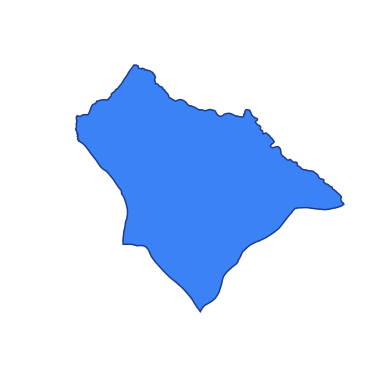 Kuleaen, Preah Vihéar, Cambodia, rotated 120°
{"feature_id": "14789045B31291956543174", "entity_name": "Kuleaen", "entity_type": "district", "adm_level": 2, "iso_a3": "KHM", "parent_name": "Cambodia", "parent_adm1": "Preah Vihéar", "projection": "equal_earth", "projection_center": [104.523, 13.796], "detail": "fine", "context": "isolated", "style": "filled", "palette": "blue", "viewbox_px": 384, "rotation_deg": 120, "n_neighbors": 0, "source": "geoboundaries", "source_scale": "gbopen_adm2", "svg_char_len": 6038}
<svg xmlns="http://www.w3.org/2000/svg" viewBox="0 0 384 384"><g transform="rotate(120 192 192)"><path d="M126.7,54.3L126.0,55.4L125.6,57.5L124.7,58.9L123.2,59.9L122.4,59.9L122.1,59.8L121.6,60.3L121.2,60.7L121.0,61.6L120.3,63.4L120.2,63.7L120.0,65.7L119.9,66.0L119.8,66.5L119.5,67.2L119.5,67.6L119.3,68.0L119.3,68.7L119.2,69.0L119.2,69.4L119.0,69.9L119.1,70.5L118.9,71.9L118.8,72.1L118.5,72.4L118.0,72.8L117.8,73.1L118.1,75.4L117.6,77.2L117.5,78.3L117.6,78.9L117.9,79.6L118.0,80.2L117.9,80.8L117.6,82.9L116.3,83.7L115.7,83.7L115.5,84.1L115.4,84.3L116.3,87.5L116.2,88.7L115.8,89.7L114.6,91.2L114.2,92.1L113.5,97.5L114.1,99.3L115.5,102.2L115.6,102.5L115.6,103.4L115.9,104.5L116.8,106.2L117.1,108.2L117.1,108.7L116.8,109.2L116.7,110.1L116.5,110.4L116.3,112.6L116.4,113.4L116.3,114.1L115.9,114.4L114.4,115.3L114.2,115.6L114.1,116.7L114.2,117.2L114.4,117.4L114.7,117.4L115.0,117.7L115.2,118.4L115.3,119.4L115.6,119.9L114.8,121.8L114.8,122.1L114.9,123.0L114.9,123.6L115.1,124.0L115.6,124.0L116.1,124.1L116.5,124.9L116.6,125.5L115.6,129.6L115.4,131.9L115.0,133.1L114.1,134.1L111.4,136.2L110.5,137.2L110.0,138.3L109.7,139.8L109.8,140.1L110.1,141.0L113.2,144.2L113.5,145.0L113.7,145.9L113.5,146.5L113.3,146.9L112.9,147.2L110.9,146.9L108.4,146.0L107.4,146.0L106.5,147.4L105.9,148.9L105.3,151.2L104.4,153.5L103.8,157.2L103.8,157.5L105.3,158.6L106.1,159.6L105.5,160.0L103.8,161.6L103.8,162.1L103.7,162.6L103.8,163.4L103.6,164.3L101.7,164.9L101.2,165.2L100.7,166.6L101.0,168.0L100.9,169.2L100.2,171.1L99.8,171.9L99.5,172.2L99.2,172.2L98.7,172.1L96.9,171.3L96.2,171.7L96.0,172.0L95.9,172.8L96.2,174.2L96.2,176.0L95.7,178.1L95.4,178.8L95.1,179.2L93.1,181.7L92.6,182.5L92.5,183.1L92.6,184.1L93.1,185.5L93.6,186.2L94.5,186.6L95.1,186.6L96.1,186.3L97.9,185.5L98.5,186.0L99.0,186.0L100.2,185.3L100.8,185.2L101.2,185.1L101.6,185.4L102.4,186.9L102.6,187.8L103.2,188.7L103.3,189.3L103.6,191.0L104.2,191.9L104.4,192.4L104.4,193.9L104.6,196.4L105.2,199.1L106.3,200.7L107.4,201.9L108.6,202.9L110.1,203.5L111.5,204.4L111.9,204.6L112.3,205.3L112.6,206.2L112.5,208.2L111.9,210.0L111.3,210.7L110.4,212.2L110.2,212.9L110.5,214.4L110.9,214.9L111.1,216.4L111.5,217.6L112.7,219.1L113.5,219.6L114.7,220.8L115.0,221.2L115.5,222.3L115.6,223.7L115.8,224.2L117.3,227.3L117.4,227.9L117.3,230.4L117.2,231.6L117.6,233.7L117.9,236.1L118.4,236.7L118.6,237.0L118.7,237.6L118.2,240.0L117.5,241.8L117.2,243.1L117.0,245.1L117.2,246.7L117.7,248.1L118.5,249.3L121.3,251.6L121.6,252.1L121.5,259.0L121.4,259.4L121.1,259.8L120.1,260.6L119.4,261.7L118.3,265.0L118.2,265.7L118.0,266.2L117.4,266.6L117.3,266.9L117.6,267.6L117.4,268.4L117.0,269.0L116.7,269.0L116.6,269.4L116.4,269.8L116.2,270.4L116.2,271.0L116.3,271.5L116.6,272.3L116.5,273.6L116.0,274.9L115.9,275.4L115.8,276.1L116.0,276.6L116.0,277.4L116.2,277.5L115.9,278.0L115.9,278.3L115.2,278.7L115.0,279.2L114.3,279.5L113.9,280.2L113.6,280.4L112.2,280.9L111.2,280.9L110.7,281.2L110.0,282.3L109.2,283.1L109.3,284.1L109.0,284.2L108.8,285.0L108.1,285.7L108.3,287.9L108.0,288.7L108.7,290.8L108.8,291.9L109.0,292.2L109.3,292.3L109.4,292.8L109.3,293.5L109.7,294.0L109.6,294.5L109.3,295.0L109.5,296.1L110.0,297.3L110.6,297.7L111.3,299.5L111.3,300.3L111.0,300.7L110.2,301.4L110.0,301.5L109.8,301.7L109.8,302.4L110.0,303.8L110.7,304.9L110.9,305.7L119.9,306.7L124.1,306.6L127.6,307.0L133.9,307.2L137.2,307.9L139.3,308.0L141.6,309.3L141.9,309.3L142.5,308.8L146.1,310.5L147.6,310.8L148.8,310.1L149.8,310.1L151.4,310.6L152.1,310.6L152.8,311.0L153.2,311.1L153.9,310.8L154.1,310.8L154.5,311.1L154.8,312.0L155.5,312.9L155.8,314.2L157.4,316.0L157.8,316.9L158.8,317.6L159.1,318.0L159.8,318.5L160.9,319.9L161.2,320.0L162.2,319.6L162.6,319.7L164.5,320.5L165.8,321.6L167.2,321.8L169.5,321.6L174.7,320.7L176.9,320.8L177.5,321.3L178.3,323.0L179.3,324.6L179.7,324.9L180.2,324.8L180.4,325.1L180.3,325.3L180.5,325.6L181.7,326.0L182.2,326.5L182.4,326.8L182.6,327.0L183.0,328.0L183.2,328.5L183.1,329.2L183.4,329.6L183.6,329.6L184.3,329.5L184.5,329.7L185.1,329.4L185.7,329.3L185.9,328.9L186.2,328.7L186.6,328.7L187.0,328.0L188.0,327.5L188.2,327.0L188.8,326.9L189.0,326.6L189.4,326.5L189.7,326.7L190.8,326.1L191.2,326.0L191.4,326.1L192.1,325.4L193.7,324.5L194.3,324.3L195.6,324.3L195.8,324.1L195.9,323.4L196.2,323.3L196.3,323.5L196.7,323.0L197.1,322.0L197.4,321.7L198.1,321.2L198.4,320.4L199.0,320.7L199.3,320.3L199.1,320.0L199.4,319.6L199.6,319.8L199.8,319.7L200.0,319.2L200.4,318.9L201.2,319.1L201.3,318.7L201.8,318.2L201.8,317.9L202.6,317.6L203.0,317.7L203.6,317.3L203.6,317.0L203.5,316.7L203.8,316.3L204.0,315.7L204.5,315.8L204.5,313.2L204.6,311.4L205.1,308.6L206.2,305.6L207.0,303.8L208.2,300.9L209.0,299.5L212.2,291.4L212.9,289.8L214.2,287.4L215.6,284.4L216.6,280.8L216.8,276.9L217.2,275.1L217.7,273.6L220.8,265.5L223.2,260.9L224.5,258.1L226.0,254.3L226.4,253.7L228.0,252.6L228.7,252.0L229.2,251.2L229.9,249.4L232.2,246.3L235.5,242.8L238.5,240.0L239.8,239.0L243.4,236.8L247.1,235.4L251.1,234.5L252.4,234.1L255.4,232.7L259.2,231.6L260.7,231.2L262.5,230.2L268.2,227.8L271.7,225.5L269.6,221.9L268.4,220.0L267.4,217.7L266.7,215.5L266.1,212.9L264.7,210.8L263.3,208.4L262.9,207.1L262.6,205.7L262.7,204.4L263.2,202.2L263.8,201.0L268.2,194.9L269.7,191.7L271.1,188.1L274.4,178.0L275.4,174.4L276.8,169.1L277.5,165.3L278.2,160.2L278.7,158.3L279.4,154.2L280.7,149.4L284.4,139.3L284.9,138.2L286.9,134.6L289.4,129.8L289.9,128.1L291.5,125.0L287.3,125.0L284.8,124.6L282.9,123.8L281.0,122.6L276.7,120.2L272.4,118.7L268.4,118.5L264.6,118.6L261.2,119.5L258.6,119.9L256.4,120.5L254.6,121.2L251.0,122.2L249.7,122.4L247.7,122.4L245.5,122.1L243.1,121.6L237.3,119.8L232.6,117.9L231.5,117.6L229.5,117.3L229.3,117.7L222.9,117.8L220.7,118.2L219.3,118.2L217.4,118.0L211.1,116.0L208.2,114.8L203.7,111.9L200.2,109.0L194.4,105.1L187.2,101.4L185.1,100.5L181.3,99.0L179.1,98.4L177.1,98.1L162.9,96.1L159.7,95.4L157.7,95.2L154.6,94.4L152.6,92.0L152.2,91.3L149.9,87.7L148.3,85.1L147.2,82.6L144.6,76.2L142.8,72.3L141.8,70.2L141.4,69.3L141.2,68.7L140.9,68.2L138.0,64.2L135.4,61.5L134.7,60.5L131.9,57.7L129.9,56.1L128.6,55.2L126.7,54.3Z" fill="#3b82f6" stroke="#1e3a8a" stroke-width="1.5"/></g></svg>